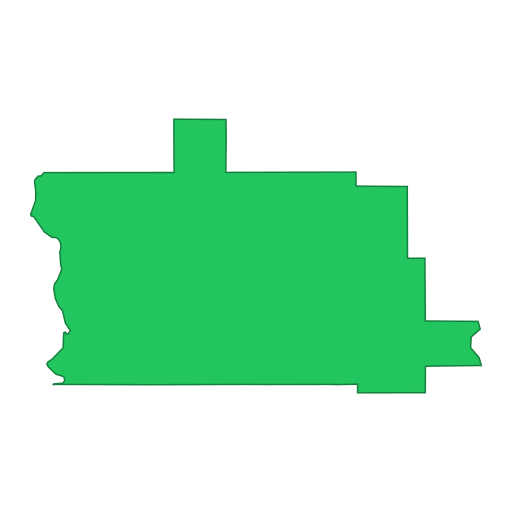 outline of Calcasieu, Louisiana, United States of America
{"feature_id": "52423323B60189599793984", "entity_name": "Calcasieu", "entity_type": "district", "adm_level": 2, "iso_a3": "USA", "parent_name": "United States of America", "parent_adm1": "Louisiana", "projection": "robinson", "projection_center": [-93.51, 30.264], "detail": "fine", "context": "isolated", "style": "filled", "palette": "green", "viewbox_px": 512, "rotation_deg": 0, "n_neighbors": 0, "source": "geoboundaries", "source_scale": "gbopen_adm2", "svg_char_len": 1042}
<svg xmlns="http://www.w3.org/2000/svg" viewBox="0 0 512 512"><path d="M43.9,172.6L41.2,175.8L38.1,176.2L34.9,179.8L34.5,181.8L35.8,191.7L35.6,200.5L30.7,214.3L31.5,216.2L33.5,216.4L44.6,232.2L52.0,237.4L54.9,237.5L57.1,237.9L58.7,239.7L60.0,241.6L61.0,245.9L60.7,249.3L59.8,251.5L60.7,264.8L61.6,268.3L61.8,269.1L57.6,279.7L54.6,283.8L53.7,289.0L55.5,299.0L59.0,306.7L62.5,310.8L63.6,315.5L65.5,323.5L70.4,330.5L68.0,334.2L67.0,334.2L65.3,332.1L63.7,332.9L63.1,347.8L52.2,359.1L47.7,362.2L46.9,363.9L48.2,366.8L55.9,374.2L63.2,376.4L64.1,377.5L64.7,380.2L63.9,382.0L62.3,383.2L53.7,383.9L52.7,385.0L53.7,384.4L151.3,384.7L248.1,384.4L263.1,384.5L331.6,384.4L337.1,384.6L357.6,384.2L357.6,392.8L425.3,392.7L425.4,366.2L481.3,365.5L479.1,357.6L470.6,347.8L471.2,336.9L480.2,329.2L478.1,321.4L425.3,321.0L424.9,258.2L407.5,258.3L407.3,186.5L378.3,186.3L356.0,186.1L356.0,183.2L356.0,172.1L225.8,172.4L226.2,137.2L226.0,119.5L173.9,119.2L173.9,128.3L174.0,161.1L174.1,172.5L43.9,172.6Z" fill="#22c55e" stroke="#15803d" stroke-width="1.5"/></svg>